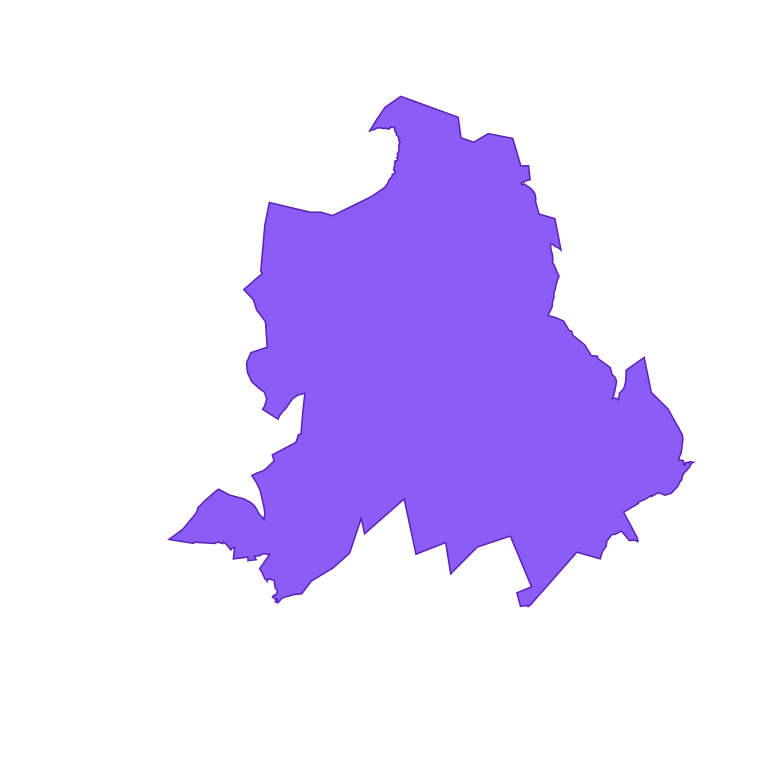 Zaragoza, San Luis Potosí, Mexico (Albers equal-area conic projection), rotated 248°
{"feature_id": "50627088B75959803312222", "entity_name": "Zaragoza", "entity_type": "district", "adm_level": 2, "iso_a3": "MEX", "parent_name": "Mexico", "parent_adm1": "San Luis Potosí", "projection": "albers", "projection_center": [-100.697, 22.039], "detail": "fine", "context": "isolated", "style": "filled", "palette": "violet", "viewbox_px": 768, "rotation_deg": 248, "n_neighbors": 0, "source": "geoboundaries", "source_scale": "gbopen_adm2", "svg_char_len": 6135}
<svg xmlns="http://www.w3.org/2000/svg" viewBox="0 0 768 768"><g transform="rotate(248 384 384)"><path d="M644.4,507.3L640.2,488.8L633.3,478.2L624.0,465.5L623.9,466.7L624.3,467.3L624.2,468.3L623.8,468.6L623.8,469.2L623.9,469.9L623.5,470.6L623.9,471.5L623.8,473.5L623.6,474.7L623.2,476.1L622.0,477.7L621.2,478.9L620.8,480.3L620.3,481.9L618.8,483.2L618.9,484.0L618.5,484.9L619.4,485.7L619.4,486.9L618.9,487.4L618.3,488.6L618.2,489.6L616.9,489.6L615.5,489.1L614.0,488.7L613.7,489.1L612.6,489.5L611.2,489.1L610.5,488.7L609.2,489.3L607.7,490.1L605.4,489.5L603.6,488.9L602.7,489.3L601.8,489.3L601.5,488.5L600.7,487.7L598.0,486.3L595.9,486.1L595.0,484.9L593.8,484.6L593.2,483.5L592.3,483.3L591.8,482.2L591.0,482.4L589.9,482.3L589.3,482.0L589.2,480.5L587.2,480.8L586.3,480.5L586.4,479.0L586.7,478.0L585.9,477.0L584.6,476.8L582.8,476.2L581.6,474.8L580.4,473.8L579.6,473.5L578.1,473.5L578.0,473.4L577.7,473.5L576.5,473.7L575.6,473.2L575.2,472.2L575.2,470.2L573.5,469.3L572.8,468.0L572.4,467.1L572.0,466.5L571.1,464.6L568.8,463.0L565.9,458.0L562.5,442.8L559.4,399.4L567.0,389.7L571.0,379.8L595.2,345.7L576.1,333.1L534.8,312.0L532.1,312.7L530.9,309.4L528.7,302.6L527.7,300.0L524.1,289.4L510.8,294.5L500.5,293.6L487.1,297.2L485.5,297.2L461.9,289.5L462.9,272.4L456.1,265.3L453.7,264.0L447.4,262.1L444.3,261.7L435.5,262.3L427.0,266.4L421.0,270.1L413.7,269.5L407.8,264.6L406.0,261.9L391.1,272.6L392.9,274.4L393.6,275.0L393.8,275.3L394.6,276.9L396.5,279.8L397.4,282.7L397.8,283.2L397.8,283.3L398.6,284.4L399.2,285.6L399.6,286.0L404.5,293.5L406.0,300.1L404.9,307.1L388.4,298.2L368.6,288.2L369.1,285.5L366.5,283.7L362.9,280.4L360.1,253.8L354.0,253.4L350.2,244.5L348.9,239.7L349.0,232.7L348.7,227.7L348.6,227.2L340.7,228.7L332.2,229.4L314.9,226.6L308.7,225.0L303.6,222.0L310.1,219.6L318.5,218.6L320.6,217.7L321.6,217.4L322.2,216.9L323.7,216.2L323.9,216.2L329.7,211.4L338.6,199.6L348.5,191.2L347.5,187.3L342.5,173.2L338.7,164.5L338.4,164.4L337.2,163.9L335.1,161.9L333.7,159.6L324.9,143.4L324.4,141.9L320.4,126.4L307.8,147.3L308.0,149.5L299.4,167.7L299.9,170.3L296.4,174.8L297.7,175.9L294.4,177.8L287.5,179.8L288.5,181.5L288.7,184.3L278.2,178.8L274.6,192.7L273.6,192.6L271.9,192.1L271.1,191.7L269.0,199.7L272.8,199.2L271.3,204.9L272.1,207.8L268.8,214.1L259.6,199.8L257.5,199.6L256.8,200.0L255.8,200.3L249.5,200.5L247.3,200.9L246.5,201.4L245.0,201.6L246.4,202.2L245.9,202.9L246.3,203.6L245.8,204.5L246.4,205.3L246.0,205.7L245.3,206.1L244.8,206.3L244.2,206.7L244.1,207.3L243.7,207.9L242.9,208.6L242.2,208.7L240.8,207.9L239.9,207.6L239.4,207.7L238.3,207.3L237.7,207.3L235.1,206.6L233.6,207.7L231.8,207.4L231.4,207.2L229.9,205.7L228.9,204.6L229.5,202.7L229.2,202.1L228.6,201.6L228.0,200.7L226.3,202.4L224.4,202.6L224.8,204.1L224.2,204.4L223.4,204.2L223.0,203.8L222.9,203.0L222.8,201.8L222.6,202.0L221.3,202.9L221.0,203.2L221.0,203.6L221.3,204.9L223.4,208.5L223.6,210.6L223.4,213.9L223.1,214.9L222.7,220.9L220.3,229.2L228.5,242.8L232.5,267.7L240.0,288.7L267.9,312.5L252.4,309.9L259.9,331.3L269.8,359.6L214.2,349.9L213.9,381.8L183.0,374.7L197.9,409.4L195.7,444.2L140.7,444.8L140.6,428.9L139.9,428.8L139.6,428.8L138.8,428.7L138.5,428.7L137.7,428.6L137.1,428.5L136.8,428.5L136.5,428.5L135.6,428.4L135.3,428.3L134.9,428.3L133.5,428.1L133.0,428.0L131.6,427.9L130.9,427.8L130.6,427.8L127.3,427.4L126.7,427.3L124.9,434.0L124.1,434.1L123.6,434.2L124.4,437.4L129.9,448.0L131.2,450.8L155.8,499.8L140.9,519.0L146.8,523.7L150.3,529.2L154.9,531.8L155.8,533.6L158.6,537.9L158.9,538.7L158.6,540.2L158.1,541.7L158.3,545.2L158.6,547.4L158.4,548.6L158.1,549.2L157.8,549.5L156.3,549.9L154.7,550.4L152.7,551.1L151.4,551.5L147.2,552.6L146.3,554.6L145.9,556.1L145.3,558.0L143.5,559.7L142.7,560.2L142.8,560.4L146.1,561.2L158.6,560.0L175.4,558.1L175.9,561.4L176.7,566.5L176.9,568.3L177.2,570.1L177.6,573.0L177.9,574.5L178.0,575.2L179.1,575.3L179.3,582.8L180.0,586.7L180.3,589.9L179.5,590.1L180.4,597.6L179.6,598.5L178.6,600.0L176.6,601.7L176.0,602.3L175.6,603.0L175.3,607.7L175.0,609.0L175.5,610.7L176.4,611.7L176.7,613.4L177.0,613.9L177.7,614.6L178.1,615.4L178.1,616.5L179.0,617.6L179.3,618.3L182.2,621.5L182.9,622.9L183.7,624.2L186.3,625.8L186.8,626.3L187.0,626.2L188.6,628.0L189.1,628.6L189.3,629.1L189.8,630.6L190.5,632.4L190.7,632.8L191.3,633.4L191.6,634.2L191.6,634.4L191.9,635.0L192.0,635.2L193.3,637.1L193.9,637.8L194.4,638.4L194.8,639.0L195.1,639.4L195.6,641.1L195.6,641.4L197.6,638.0L197.5,637.8L197.2,637.4L196.8,636.9L197.3,636.3L197.2,636.2L197.9,635.3L198.1,635.0L198.1,634.9L197.8,633.8L197.5,633.1L196.8,633.6L196.1,632.8L195.9,632.5L197.1,631.5L197.6,631.9L200.8,632.9L203.3,628.9L205.9,630.8L208.8,633.8L220.8,640.5L225.4,641.6L254.4,638.0L276.1,628.7L311.2,635.2L306.1,613.7L296.1,609.2L291.5,606.0L290.0,604.4L289.0,602.8L287.4,599.0L281.4,595.4L284.1,593.9L285.0,590.2L287.9,593.2L294.1,597.4L299.7,600.7L303.5,600.8L307.7,599.0L314.4,600.0L327.9,591.6L329.8,592.4L332.6,586.9L345.2,584.7L358.4,577.3L362.6,577.9L364.2,575.7L372.9,574.4L374.9,574.2L381.5,567.8L385.8,561.8L387.4,563.2L387.7,563.5L388.3,564.1L388.8,564.9L389.5,565.4L390.2,566.2L390.6,566.8L391.2,567.3L392.8,569.0L393.3,569.4L394.3,569.8L395.3,570.1L396.4,570.6L397.3,571.2L398.3,572.3L399.1,572.8L400.2,573.7L401.1,574.3L402.6,574.8L403.9,575.4L404.7,575.8L406.0,576.8L406.7,577.4L407.3,577.9L407.9,578.4L408.8,578.9L410.4,580.0L411.8,581.0L413.1,581.8L416.1,584.5L417.2,585.6L417.6,586.2L417.9,586.3L419.4,586.8L420.9,586.5L421.6,586.4L422.0,586.4L422.5,586.4L423.3,586.4L424.8,586.4L426.7,586.4L430.8,586.2L431.1,586.2L432.2,586.0L432.6,585.9L432.9,585.9L433.3,585.7L434.4,586.2L435.7,586.9L437.3,587.6L437.6,587.6L438.2,587.7L438.9,588.1L439.1,588.2L439.6,588.3L440.0,588.5L446.6,589.3L450.3,590.5L451.1,591.0L451.1,591.5L451.5,592.0L450.8,592.5L449.8,593.0L449.1,593.3L448.4,593.5L445.3,596.3L445.1,596.5L441.9,598.3L473.2,604.4L483.6,591.4L496.3,592.9L498.8,594.1L501.0,594.7L503.1,595.1L504.9,595.0L507.1,594.5L508.9,593.9L510.9,592.9L513.7,591.1L515.4,589.9L517.0,588.9L516.9,586.4L518.9,586.5L518.9,589.7L519.3,592.6L518.7,596.0L532.1,599.8L535.0,592.6L563.5,595.4L577.1,574.4L574.5,557.9L583.4,547.6L603.5,552.7L644.4,507.3Z" fill="#8b5cf6" stroke="#5b21b6" stroke-width="1.5"/></g></svg>